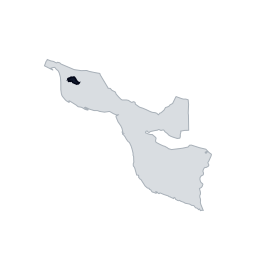 location of Guija, Gaza, Mozambique, rotated 113°
{"feature_id": "85939544B1211152631593", "entity_name": "Guija", "entity_type": "district", "adm_level": 2, "iso_a3": "MOZ", "parent_name": "Mozambique", "parent_adm1": "Gaza", "projection": "equal_earth", "projection_center": [33.226, -24.142], "detail": "fine", "context": "in_parent", "style": "filled", "palette": "ink", "viewbox_px": 256, "rotation_deg": 113, "n_neighbors": 0, "source": "geoboundaries", "source_scale": "gbopen_adm2", "svg_char_len": 4946}
<svg xmlns="http://www.w3.org/2000/svg" viewBox="0 0 256 256"><g transform="rotate(113 128 128)"><path d="M88.8,175.3L90.1,174.1L98.7,162.3L99.2,161.8L98.5,159.8L99.6,157.5L99.8,154.0L100.1,153.4L101.4,152.2L103.2,148.5L104.3,145.7L104.5,144.3L102.8,140.4L102.4,138.3L102.8,136.5L103.0,134.8L102.8,134.2L101.8,133.5L101.6,132.8L101.6,131.9L101.8,131.4L103.1,130.6L103.3,130.1L104.3,125.5L104.0,122.1L104.0,118.2L104.2,114.1L104.1,111.8L103.3,109.1L103.2,107.2L103.8,105.9L103.9,105.1L102.0,104.6L101.0,103.5L97.4,101.8L94.6,101.5L92.2,98.9L90.4,98.4L88.0,96.5L80.6,96.1L80.3,95.9L80.0,90.0L79.7,88.1L78.8,86.0L78.6,84.5L78.6,83.6L82.7,81.4L90.8,78.4L92.5,77.4L106.3,71.3L106.6,71.7L108.0,74.8L110.3,78.3L110.9,77.8L114.2,77.2L114.6,76.8L115.6,76.5L116.8,76.3L117.2,76.5L118.4,78.6L118.8,82.7L118.9,85.4L118.7,87.4L117.7,89.7L117.0,92.5L116.0,94.1L116.0,94.8L117.2,96.5L117.4,97.2L117.3,98.7L117.5,99.3L118.6,100.2L119.4,101.6L122.3,105.7L123.1,106.4L123.7,106.6L124.0,107.4L123.8,108.3L123.3,108.9L123.5,109.6L124.1,110.2L125.4,110.1L125.6,109.9L125.5,106.3L125.1,104.2L124.5,103.2L125.7,99.3L126.3,98.2L128.5,97.8L129.5,97.4L130.0,96.9L130.3,95.7L130.6,92.2L130.7,88.9L130.5,87.0L130.8,84.1L131.3,82.3L131.1,82.0L130.9,79.6L125.3,69.9L122.2,65.5L121.7,65.1L119.9,64.7L119.0,63.1L118.2,54.4L117.1,48.1L118.9,43.9L119.5,41.2L119.9,40.8L121.5,40.6L127.0,40.7L128.4,41.0L129.0,40.7L130.5,39.1L131.7,39.1L133.3,40.2L134.1,41.1L134.3,41.8L135.3,42.3L137.3,42.4L138.8,42.0L139.7,41.1L140.7,40.6L141.7,40.5L142.4,40.9L142.9,41.6L143.9,42.0L145.3,42.3L146.9,41.9L148.6,40.7L149.6,39.5L150.2,37.4L150.5,37.1L152.9,36.9L154.2,37.3L155.8,38.6L158.7,36.3L160.5,35.5L162.2,35.5L163.6,34.9L164.8,33.8L165.9,33.1L168.3,32.3L169.9,31.1L174.4,26.6L174.9,27.9L175.8,29.1L174.6,30.4L175.6,31.2L174.9,32.5L174.8,33.4L175.1,34.2L174.6,35.6L173.9,36.7L173.8,37.6L174.3,39.1L174.0,41.7L174.9,46.1L174.6,47.5L174.8,50.9L174.4,52.2L175.0,52.6L175.3,54.0L175.0,56.4L174.0,57.4L173.9,58.4L175.1,58.4L175.1,61.4L174.9,62.3L175.2,63.3L174.8,64.4L175.2,69.2L175.2,72.7L175.3,73.2L176.3,73.8L176.3,74.8L175.6,76.0L175.6,77.9L176.4,76.4L176.8,76.4L177.2,77.0L177.2,79.1L177.4,80.2L177.3,81.1L176.1,82.8L176.0,84.5L175.5,84.7L175.3,85.1L175.6,86.1L175.6,86.9L174.7,89.6L170.4,95.9L170.3,97.0L169.2,99.0L168.1,99.3L167.4,99.9L167.9,101.6L162.3,106.1L161.7,106.7L160.8,108.3L158.9,109.2L156.9,109.3L156.6,109.6L152.0,111.7L151.1,112.7L149.2,113.5L146.1,115.8L143.6,117.9L140.8,121.0L140.4,122.7L139.1,124.9L137.1,127.5L135.9,129.7L135.8,130.6L135.1,130.9L134.5,130.0L134.2,131.8L133.7,131.9L133.2,131.5L130.7,133.4L128.8,135.5L126.2,139.6L122.3,143.5L121.4,143.6L120.2,142.3L119.6,142.2L120.5,143.6L120.5,147.0L120.0,150.8L120.1,151.7L122.6,155.8L123.8,160.6L123.9,163.0L125.2,166.1L125.7,170.9L125.5,175.3L126.2,176.0L126.4,175.4L126.5,172.6L126.8,171.8L127.2,172.0L127.5,173.5L127.6,175.0L127.1,178.5L127.3,179.9L127.9,182.2L127.1,184.9L125.9,192.4L126.2,192.9L126.8,193.0L127.0,192.2L127.3,192.2L127.5,192.7L127.0,195.6L126.5,196.9L124.9,200.0L124.0,201.4L122.5,202.7L119.0,204.8L112.0,207.8L107.6,210.1L104.1,212.9L102.6,214.7L102.0,216.9L100.8,219.1L101.8,220.9L103.1,222.3L103.7,220.1L104.0,220.0L103.4,229.2L98.7,229.4L97.3,229.0L96.5,229.1L96.4,225.3L95.8,222.4L96.1,220.3L96.0,219.2L95.0,218.5L94.7,216.3L95.3,214.6L95.3,200.4L93.5,193.5L91.2,188.5L91.1,186.1L90.0,180.5L88.8,175.3ZM120.1,47.5L120.7,47.1L120.8,46.4L120.4,46.0L120.1,46.1L119.9,47.3L120.1,47.5ZM119.7,46.2L119.3,45.6L118.9,45.8L118.8,46.2L119.2,46.8L119.6,46.8L119.7,46.2Z" fill="#d9dde1" stroke="#a8b0b8" stroke-width="1"/><path d="M107.7,192.2L107.4,192.1L107.3,191.9L107.2,191.8L107.1,191.7L106.9,191.5L106.8,191.4L106.8,191.2L106.7,191.2L106.4,191.0L106.4,190.9L106.2,190.9L106.1,190.7L105.9,190.6L105.7,190.5L105.4,190.5L105.5,190.6L105.5,190.8L105.4,190.9L105.4,191.0L105.4,191.3L105.4,191.5L104.8,193.2L104.5,194.3L104.4,194.2L104.2,194.1L103.7,194.9L103.4,195.1L102.7,196.2L102.1,197.2L102.2,197.3L102.3,197.4L102.3,197.5L102.4,197.8L102.4,198.0L102.5,198.0L102.7,198.3L102.8,198.3L102.8,198.5L103.0,198.7L103.0,198.8L103.0,199.0L103.1,199.3L103.2,199.5L103.3,199.7L103.3,199.8L103.4,200.0L103.4,200.3L103.5,200.4L103.8,200.3L103.9,200.2L104.0,200.2L104.1,200.3L104.2,200.5L104.3,200.5L104.4,200.8L104.5,200.8L104.5,201.0L104.8,201.1L105.0,201.2L105.0,201.3L104.9,201.4L104.9,201.5L105.0,201.6L105.3,201.5L105.3,201.8L105.5,201.8L105.6,202.0L105.7,202.3L105.8,202.3L106.0,202.4L106.1,202.5L106.3,202.6L106.5,202.5L106.7,202.4L106.8,202.3L107.0,202.3L106.9,202.2L106.9,201.9L107.0,201.7L106.9,201.6L107.0,201.6L107.2,201.4L107.3,201.3L107.5,201.2L107.8,201.1L107.9,200.9L108.3,200.9L108.3,200.7L108.2,200.6L108.0,200.4L107.9,200.4L107.8,200.2L107.7,200.1L107.8,200.1L107.7,200.1L107.7,199.9L107.7,199.7L107.6,199.4L107.6,199.2L107.4,199.0L107.4,198.9L107.2,198.7L107.0,198.4L106.9,198.2L106.9,197.9L106.8,197.7L107.7,196.6L107.7,192.2Z" fill="#0f172a" stroke="#020617" stroke-width="1.5"/></g></svg>